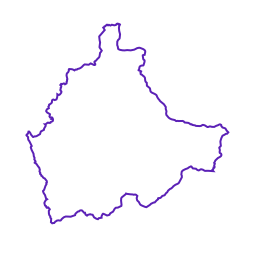 Tuan Giao, Điện Biên, Vietnam, rotated 186°
{"feature_id": "81297802B47935602128313", "entity_name": "Tuan Giao", "entity_type": "district", "adm_level": 2, "iso_a3": "VNM", "parent_name": "Vietnam", "parent_adm1": "Điện Biên", "projection": "albers", "projection_center": [103.401, 21.645], "detail": "fine", "context": "isolated", "style": "outline", "palette": "violet", "viewbox_px": 256, "rotation_deg": 186, "n_neighbors": 0, "source": "geoboundaries", "source_scale": "gbopen_adm2", "svg_char_len": 5842}
<svg xmlns="http://www.w3.org/2000/svg" viewBox="0 0 256 256"><g transform="rotate(186 128 128)"><path d="M146.8,230.0L147.0,230.2L148.0,229.9L148.3,230.0L148.3,230.6L149.5,230.7L150.2,230.3L150.8,229.2L152.3,228.7L154.9,229.0L156.1,228.1L156.6,228.2L157.7,228.6L158.2,228.1L158.7,228.0L159.3,228.5L159.8,228.5L160.9,227.4L161.2,226.8L162.0,226.6L162.3,225.9L163.1,225.3L161.4,223.0L166.0,216.4L166.2,215.9L165.4,212.3L164.7,210.2L164.8,205.5L164.6,205.0L162.2,202.2L162.8,200.9L163.6,199.9L163.8,196.4L164.1,195.3L165.7,193.4L167.0,191.5L167.9,190.9L168.3,190.3L168.3,190.0L167.3,188.3L167.2,187.6L167.6,187.2L168.4,187.1L171.7,188.3L172.0,188.3L173.1,187.2L173.9,186.8L177.7,186.7L178.6,186.0L180.5,183.6L181.6,182.7L182.5,182.1L184.4,181.4L185.0,180.7L186.4,180.6L187.2,179.7L188.9,180.4L190.0,180.6L192.6,180.5L192.9,180.3L193.0,179.8L192.8,178.8L193.0,178.4L193.3,177.3L194.4,176.0L194.6,175.3L194.6,173.7L193.4,170.3L193.7,169.7L193.5,168.4L193.9,167.5L193.7,166.6L193.8,165.9L195.2,164.9L195.7,165.5L196.5,165.6L197.0,165.4L197.8,164.8L199.1,164.9L199.8,163.7L199.0,163.1L198.7,162.6L198.8,161.5L199.2,160.8L199.0,160.1L199.3,158.7L198.9,158.0L198.3,157.7L198.0,157.2L198.1,156.1L199.1,154.4L200.0,153.7L200.5,153.6L201.8,154.2L201.6,152.6L201.7,150.8L202.0,149.4L202.2,148.9L203.8,148.1L205.2,148.5L205.9,148.2L206.2,147.9L206.4,147.3L206.4,145.4L206.6,145.0L207.5,144.0L208.9,143.0L208.8,142.0L209.4,141.0L208.8,139.4L210.5,138.2L211.1,136.8L211.1,136.1L210.1,135.0L207.1,133.6L207.0,133.1L207.3,131.3L206.6,130.3L206.2,130.2L204.9,130.6L204.3,130.3L204.2,129.8L204.8,129.0L203.6,129.0L203.4,128.2L203.5,127.2L203.9,126.8L205.4,125.9L205.7,125.1L206.4,125.1L207.0,124.7L207.8,125.0L208.5,124.9L210.3,123.1L211.0,123.0L210.2,122.3L210.1,121.5L211.4,118.6L211.4,117.4L214.2,115.5L214.4,115.1L214.9,112.7L218.0,110.4L219.0,110.0L220.1,109.9L221.1,109.2L221.6,109.2L223.8,111.3L224.6,112.7L225.9,114.1L226.6,114.0L226.9,112.0L228.1,110.8L228.2,110.1L226.4,108.5L226.2,106.8L225.7,105.6L224.8,104.7L221.9,100.1L221.9,99.8L222.6,99.1L222.7,98.6L221.6,96.2L219.3,92.6L218.7,90.0L217.8,88.5L217.9,87.0L216.5,85.2L216.4,84.7L217.2,84.0L217.2,83.7L215.3,82.7L213.3,80.3L212.2,79.3L211.3,77.2L211.5,75.6L210.5,74.1L210.7,73.4L210.6,73.1L209.5,72.4L209.2,71.4L208.1,71.0L207.5,70.1L206.7,69.5L205.5,69.1L203.2,66.7L203.0,65.4L203.6,64.7L203.2,64.0L203.2,63.6L204.0,61.9L204.9,58.0L205.3,57.2L205.9,56.5L205.8,55.9L205.0,54.4L203.5,52.6L202.2,49.5L201.0,48.7L202.0,47.9L202.4,47.3L203.3,45.1L203.3,44.5L202.5,42.4L202.1,42.0L201.4,41.8L201.1,40.9L200.5,40.2L199.9,40.2L199.5,40.7L199.1,40.7L197.3,39.0L198.1,37.3L197.7,34.6L197.1,33.1L196.0,31.9L195.9,30.7L194.9,29.8L194.8,26.3L193.4,25.3L192.7,25.6L191.5,25.8L190.4,27.4L189.7,27.8L189.0,28.5L187.5,28.9L185.9,28.8L185.1,29.2L184.4,30.5L183.1,31.9L182.5,32.5L181.2,33.2L180.5,33.5L175.7,33.8L171.5,35.8L171.3,37.3L169.5,39.3L168.8,39.8L168.1,39.9L167.3,40.8L166.3,41.2L165.2,41.2L163.7,40.0L163.1,39.3L162.4,39.1L161.9,39.2L161.2,37.5L159.8,36.6L159.5,36.6L158.9,37.4L156.6,38.3L156.1,38.1L154.1,38.0L152.4,35.6L150.1,34.5L148.8,34.2L148.3,34.2L147.7,35.2L144.9,36.0L145.1,37.4L144.3,39.6L143.9,40.1L143.5,40.1L141.9,39.6L139.7,38.8L137.8,39.5L137.2,40.0L137.0,40.8L136.6,41.4L134.1,43.3L132.8,46.3L131.8,47.4L129.7,47.8L126.5,49.8L126.4,50.9L127.3,55.0L127.4,57.4L126.9,58.4L124.7,60.6L123.4,61.9L123.1,62.6L122.4,62.4L118.8,62.3L116.3,62.4L115.4,62.2L114.0,62.6L113.0,62.4L111.6,61.4L112.0,59.6L112.0,59.0L111.4,57.2L110.9,56.6L109.6,55.7L108.1,53.5L107.5,52.9L105.7,52.2L102.6,51.3L101.4,51.2L98.2,53.8L97.1,55.1L94.8,56.5L93.6,56.8L91.9,59.1L90.8,60.1L90.6,60.3L90.8,61.0L90.6,61.4L88.6,61.8L87.9,62.4L86.8,64.0L84.7,64.9L84.4,65.2L83.5,67.0L82.3,68.2L81.6,69.9L79.8,71.8L78.7,72.4L77.4,73.8L76.9,74.7L74.9,76.5L72.6,77.8L71.7,78.7L69.3,84.6L69.5,86.2L70.1,87.3L70.0,90.0L69.9,90.4L68.8,91.7L66.6,93.1L64.5,94.1L63.2,95.3L61.4,96.4L60.9,96.3L59.3,94.6L56.2,94.6L54.8,93.6L53.5,93.2L52.6,93.5L51.6,94.4L50.8,94.6L49.3,94.4L47.8,93.7L46.9,93.4L44.2,93.8L38.6,94.0L39.7,95.1L39.0,95.8L39.0,96.8L38.3,97.3L38.6,97.9L37.8,98.4L38.4,99.8L37.9,101.5L38.7,102.3L38.0,103.8L37.9,104.4L37.6,105.0L35.5,107.5L33.5,108.9L32.6,109.8L32.3,110.6L32.4,111.5L32.8,112.2L33.9,112.7L34.2,113.0L34.4,113.8L34.3,115.4L34.6,116.6L35.2,117.8L34.9,118.5L34.1,119.4L33.8,120.0L34.7,124.0L34.6,125.2L34.1,127.7L33.2,130.2L31.3,131.4L30.1,132.4L28.8,132.7L27.8,134.2L29.6,135.7L31.0,137.6L31.6,137.9L34.1,138.4L35.4,139.7L35.6,140.7L35.9,140.9L36.7,141.2L37.4,141.1L39.1,140.0L40.3,139.5L42.4,138.1L44.4,137.9L46.7,138.2L48.4,137.4L49.2,137.3L52.0,138.7L53.4,138.9L54.3,138.8L55.3,137.9L56.7,137.4L60.7,137.2L61.5,137.6L64.4,137.8L65.1,138.4L66.0,138.2L66.5,138.3L67.0,138.8L68.5,139.4L72.2,139.4L73.5,140.5L74.5,140.7L78.4,140.2L79.3,140.3L80.2,140.0L81.0,140.0L82.3,140.8L85.6,141.2L87.6,141.9L88.7,142.6L91.2,145.0L91.6,146.4L91.5,148.7L92.5,151.0L92.6,152.8L94.8,155.4L98.3,157.7L99.4,158.6L99.8,159.3L100.6,159.9L102.0,161.6L102.9,163.3L103.3,163.8L104.8,164.6L108.0,165.7L109.1,166.4L109.6,167.2L110.2,169.4L110.6,170.0L113.6,172.0L114.1,175.0L114.9,175.5L115.4,176.0L115.8,176.9L116.4,179.6L116.6,180.0L117.7,181.1L118.7,181.6L119.6,182.4L120.5,182.6L121.0,182.9L121.4,184.5L120.9,185.2L120.8,185.7L121.0,185.8L123.5,186.5L123.5,186.9L123.0,188.0L123.0,189.3L122.7,190.4L121.7,191.2L121.0,191.5L119.4,191.8L119.1,192.2L118.5,195.4L118.5,196.6L118.8,197.2L119.6,197.6L120.0,198.1L120.8,201.0L120.9,201.8L120.6,202.1L119.1,202.5L118.8,205.5L119.0,206.4L119.4,207.0L120.6,207.8L121.3,208.1L124.2,208.9L125.3,209.0L127.2,208.4L129.9,206.6L133.4,205.5L137.0,205.4L139.6,204.8L141.7,204.7L144.2,204.9L145.7,205.4L146.1,205.8L146.7,208.0L147.4,209.3L147.7,212.8L147.1,214.4L145.8,216.0L145.7,216.5L145.7,220.4L146.9,223.6L147.5,226.7L147.4,228.5L146.8,230.0Z" fill="none" stroke="#5b21b6" stroke-width="2"/></g></svg>